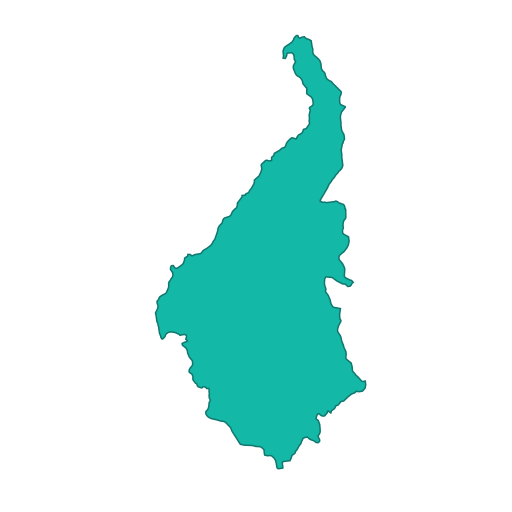 Montes de Oro, Puntarenas, Costa Rica, rotated 353°
{"feature_id": "36466004B99490544719136", "entity_name": "Montes de Oro", "entity_type": "district", "adm_level": 2, "iso_a3": "CRI", "parent_name": "Costa Rica", "parent_adm1": "Puntarenas", "projection": "robinson", "projection_center": [-84.712, 10.146], "detail": "fine", "context": "isolated", "style": "filled", "palette": "teal", "viewbox_px": 512, "rotation_deg": 353, "n_neighbors": 0, "source": "geoboundaries", "source_scale": "gbopen_adm2", "svg_char_len": 6109}
<svg xmlns="http://www.w3.org/2000/svg" viewBox="0 0 512 512"><g transform="rotate(353 256 256)"><path d="M307.0,62.9L309.1,63.5L310.9,60.9L311.3,58.9L311.9,58.5L315.2,58.5L316.5,58.8L317.2,59.5L318.0,60.8L318.1,63.0L317.9,65.5L319.0,67.8L316.3,71.7L316.0,73.3L316.0,74.7L317.5,80.1L318.8,82.1L321.0,83.7L321.8,84.6L323.3,87.5L323.6,90.8L326.3,95.1L326.9,95.5L326.2,99.9L326.3,101.3L330.2,104.9L331.0,106.5L331.4,108.3L331.3,112.3L330.6,113.3L329.3,114.2L327.8,114.8L327.0,115.6L327.0,116.3L327.6,117.5L327.6,117.9L326.0,122.4L325.7,126.9L325.2,128.1L325.3,130.8L324.7,131.9L321.2,135.8L319.1,135.9L318.5,136.2L318.1,136.9L318.1,137.5L316.5,139.6L312.8,141.2L311.4,142.7L310.6,144.1L310.0,144.7L306.6,143.1L305.8,143.1L304.1,144.0L301.1,146.5L299.7,148.3L299.1,149.8L297.8,151.6L294.8,152.2L292.1,154.1L286.7,156.3L285.8,158.5L283.7,159.8L283.4,160.4L283.1,163.1L280.9,163.3L278.8,162.4L277.6,162.2L275.8,163.2L275.5,163.6L272.6,165.6L272.2,166.4L272.4,170.3L270.9,173.6L268.7,177.0L264.1,180.1L263.6,180.6L263.4,182.5L262.7,184.1L259.7,188.3L258.3,189.5L256.4,192.0L255.8,192.4L253.6,193.0L252.9,193.6L252.6,194.3L249.5,194.2L249.3,195.7L243.9,201.3L243.9,202.4L243.1,204.7L242.3,206.0L240.4,207.0L238.1,209.0L235.8,212.7L234.2,213.5L229.7,214.4L228.6,214.9L227.9,215.6L226.3,219.2L223.6,221.3L222.3,222.9L221.6,224.3L220.7,227.2L217.2,234.3L215.4,236.2L214.2,238.1L212.6,239.8L208.2,242.4L204.2,244.1L202.3,246.2L201.0,246.9L195.8,247.1L192.5,248.1L191.4,247.0L190.3,246.3L188.6,246.1L188.0,247.9L185.2,249.2L184.8,249.6L184.6,251.2L182.8,254.7L180.7,256.2L176.8,258.3L175.1,258.5L174.0,257.9L172.7,255.4L171.2,255.3L170.4,255.8L169.7,257.5L169.5,259.1L171.3,262.5L171.2,264.8L170.5,266.8L168.9,268.3L168.0,269.7L166.5,271.1L165.9,272.6L165.8,274.8L165.2,276.9L162.6,281.4L161.3,282.4L159.0,283.1L155.8,284.6L155.0,285.4L154.0,287.3L152.2,288.9L152.1,290.7L152.6,292.8L152.6,294.5L151.6,296.8L149.5,299.9L149.3,300.6L149.6,303.0L149.6,308.6L150.4,311.5L150.4,313.5L150.7,314.3L150.8,320.7L151.7,324.3L151.7,325.4L152.6,327.0L153.3,327.0L155.8,325.0L156.6,323.3L157.5,322.3L160.0,321.0L162.6,321.0L166.4,322.1L169.3,323.9L170.3,324.6L170.8,325.4L175.4,325.1L177.3,326.3L177.1,328.4L176.3,329.4L176.2,330.2L177.6,331.4L177.7,331.9L175.6,332.8L174.4,332.9L172.0,333.8L172.0,335.2L172.7,336.3L173.5,336.9L175.6,339.3L176.2,341.0L176.4,344.3L177.5,348.2L179.7,351.6L180.1,352.7L179.9,356.0L178.9,357.5L177.0,359.2L175.8,361.0L175.5,362.0L175.7,363.4L177.9,365.3L178.7,367.6L178.3,371.1L180.3,374.7L181.6,375.7L181.9,377.5L182.7,378.8L185.8,380.3L186.3,380.3L187.3,379.5L188.8,379.5L190.2,380.3L190.9,381.6L192.9,381.7L193.2,382.0L193.2,383.1L192.9,384.5L192.9,387.1L192.4,388.6L192.4,391.7L193.1,393.0L193.1,393.6L191.6,395.9L190.8,399.7L190.1,401.3L189.0,403.0L187.7,403.8L187.1,404.9L187.1,406.9L188.0,408.7L189.2,410.2L191.5,411.8L198.0,414.2L200.3,415.3L204.4,416.5L205.7,417.7L209.9,423.3L210.8,426.9L217.5,441.0L221.3,442.3L229.5,443.7L232.6,445.0L236.5,445.7L237.6,446.2L239.0,447.5L240.3,449.2L240.2,454.0L240.5,454.8L243.3,455.7L246.0,455.8L247.0,456.2L249.0,458.3L250.5,461.2L250.8,463.9L251.0,468.6L251.7,469.6L252.6,469.9L256.6,469.8L256.9,469.5L256.9,464.5L257.7,463.5L258.3,463.3L264.8,463.3L266.4,460.7L267.4,458.3L270.3,456.8L270.8,456.2L271.4,454.8L273.0,453.4L275.9,449.4L277.6,447.9L278.8,445.3L279.9,443.9L280.1,443.1L280.5,442.7L282.1,442.2L285.0,441.9L286.4,443.8L287.6,444.8L291.2,446.6L292.6,448.2L294.1,448.8L295.1,448.8L296.4,447.8L296.7,447.4L296.7,445.7L295.7,443.3L295.7,441.9L297.3,440.4L298.2,438.5L298.5,436.3L298.7,431.0L297.8,427.0L297.2,426.2L296.0,425.4L295.8,424.5L296.9,421.7L298.0,420.5L298.4,420.2L299.6,420.3L300.5,421.6L301.8,422.7L303.3,423.1L304.5,423.1L305.1,422.7L307.7,420.2L308.1,418.8L308.6,418.7L308.8,418.7L311.1,420.9L312.2,418.7L315.4,417.0L317.0,414.5L319.4,413.9L322.6,410.8L325.4,410.6L330.3,406.9L334.1,404.6L337.2,403.9L338.7,402.6L342.2,403.3L345.2,403.1L348.1,400.6L349.2,397.3L349.2,393.4L346.4,393.6L345.4,392.7L342.4,388.4L340.5,386.3L339.7,384.7L338.1,382.5L337.8,381.9L337.9,377.4L337.4,373.8L333.4,369.7L332.8,368.7L332.8,367.6L333.5,364.5L333.6,362.0L332.1,357.4L331.9,355.1L330.7,351.1L330.4,347.1L330.0,345.4L328.3,342.1L327.9,341.0L327.9,339.6L328.0,338.7L329.5,335.2L332.4,331.0L332.4,330.3L331.6,328.1L331.8,324.4L333.4,318.5L326.3,316.2L325.0,313.5L324.6,312.4L324.2,308.4L322.9,304.0L320.7,300.0L320.7,299.2L321.3,297.8L321.3,296.7L320.6,293.5L320.6,291.1L321.4,287.2L322.4,285.6L323.2,285.3L329.0,286.6L333.4,290.8L338.6,294.3L340.2,294.5L341.3,295.0L343.5,297.5L345.8,297.4L346.9,296.5L347.9,294.9L349.3,294.0L347.9,291.9L346.2,291.2L343.0,289.1L341.8,288.1L341.3,287.0L341.3,285.7L341.6,284.7L342.4,280.5L342.4,278.4L341.0,274.2L338.4,270.2L338.1,269.4L338.1,267.2L338.9,265.6L342.9,262.9L343.3,262.9L346.9,259.4L349.0,256.3L350.2,252.7L350.2,248.3L346.0,245.3L345.0,244.0L344.8,243.2L345.1,240.7L346.0,239.1L346.2,235.2L346.9,232.8L347.9,231.1L349.4,229.8L349.9,228.6L350.7,220.8L350.4,220.7L350.4,220.0L350.1,219.7L350.1,217.6L349.2,215.5L347.6,214.9L346.6,214.1L345.5,213.9L342.9,211.6L341.8,211.2L340.7,211.6L332.7,211.6L330.5,210.9L328.6,210.9L327.2,209.8L326.5,209.8L326.5,208.5L335.7,196.5L335.8,195.7L336.6,195.1L337.0,194.0L339.7,191.3L341.2,189.3L343.1,187.8L345.1,185.3L347.1,183.7L348.8,181.8L349.9,181.2L351.8,179.5L353.2,176.8L353.2,167.9L353.5,166.6L353.5,161.1L355.3,155.5L355.8,154.6L356.3,154.3L356.5,153.0L358.0,151.0L358.1,150.3L358.1,146.2L356.6,142.6L356.3,141.3L356.3,135.1L356.6,134.5L356.6,129.7L356.9,127.1L358.4,123.6L362.7,119.3L362.7,118.6L358.8,116.2L357.8,114.8L358.1,110.1L358.9,107.7L359.9,106.2L360.5,104.5L360.5,103.2L353.6,94.5L351.9,91.9L350.0,90.8L348.5,89.4L347.6,88.2L346.8,85.0L346.8,83.5L346.2,82.1L344.4,79.8L343.7,77.5L343.9,73.5L343.3,70.2L341.9,67.9L338.4,64.0L337.5,62.7L337.2,60.4L337.6,57.3L337.2,55.4L337.0,49.0L334.6,47.3L332.6,46.5L331.5,45.5L330.8,44.3L328.2,44.4L326.0,45.1L324.9,44.3L324.4,42.3L323.5,42.1L322.5,42.4L321.2,43.5L320.0,44.9L319.6,46.0L317.6,48.2L310.3,52.0L309.3,52.9L307.8,55.9L307.7,60.7L307.0,62.9Z" fill="#14b8a6" stroke="#0f766e" stroke-width="1.5"/></g></svg>